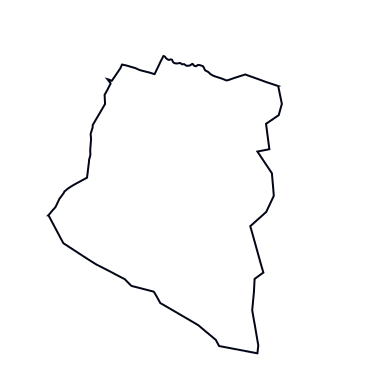 the district of Songinoxairxan, Ulaanbaatar, Mongolia, rotated 203°
{"feature_id": "93677404B95437285917288", "entity_name": "Songinoxairxan", "entity_type": "district", "adm_level": 2, "iso_a3": "MNG", "parent_name": "Mongolia", "parent_adm1": "Ulaanbaatar", "projection": "equal_earth", "projection_center": [106.709, 48.059], "detail": "fine", "context": "isolated", "style": "outline", "palette": "ink", "viewbox_px": 384, "rotation_deg": 203, "n_neighbors": 0, "source": "geoboundaries", "source_scale": "gbopen_adm2", "svg_char_len": 3197}
<svg xmlns="http://www.w3.org/2000/svg" viewBox="0 0 384 384"><g transform="rotate(203 192 192)"><path d="M153.9,323.2L160.7,322.7L166.5,322.2L176.5,321.7L186.3,321.1L188.9,321.0L190.4,319.7L194.6,316.1L197.6,313.5L202.0,309.5L203.5,308.3L204.7,308.1L207.5,308.1L209.6,308.0L212.8,307.7L215.0,307.5L216.1,307.4L218.9,307.4L221.2,307.8L221.6,307.9L223.2,308.6L224.5,308.9L225.8,309.0L227.2,309.1L228.3,309.7L229.1,310.6L230.2,311.5L231.3,312.1L233.7,311.9L234.9,311.7L236.0,311.4L236.5,310.9L237.1,309.6L237.5,309.3L238.9,309.0L239.8,309.3L240.9,309.7L241.3,310.1L241.9,310.0L242.6,308.8L243.4,307.7L244.1,307.1L244.8,306.8L245.3,306.4L246.3,306.1L247.4,306.2L249.0,306.6L250.1,306.2L250.9,305.7L251.5,305.7L252.3,306.0L253.0,306.0L253.7,306.0L255.2,304.9L256.9,304.1L258.5,303.8L259.6,303.9L260.5,304.5L261.2,305.1L262.1,305.9L262.9,305.9L263.6,305.6L264.8,304.6L265.3,304.5L266.2,304.5L266.7,304.6L268.1,305.0L269.8,306.0L270.8,306.1L271.4,306.0L271.5,305.6L271.7,302.2L271.9,300.0L272.0,296.8L272.0,296.1L272.1,294.3L272.3,290.5L272.4,287.4L272.5,285.9L272.8,285.8L276.4,285.5L277.2,285.4L279.2,285.1L283.1,284.5L285.0,284.2L286.3,284.0L288.4,283.8L292.9,283.9L296.7,283.4L300.4,283.0L303.0,282.6L306.2,282.0L306.3,281.9L306.2,280.6L306.3,278.8L306.3,277.8L306.7,275.8L307.4,272.2L308.2,268.2L309.0,264.3L309.3,263.0L309.5,262.9L312.0,263.0L313.9,262.8L311.4,261.4L309.4,260.2L309.3,259.9L309.6,255.9L309.7,254.5L309.8,252.9L310.2,249.2L310.4,247.2L309.8,246.0L308.8,244.0L308.1,242.5L307.1,240.5L306.4,239.0L306.8,236.2L307.5,230.6L308.1,226.0L308.6,222.3L309.1,218.2L309.5,215.3L309.5,214.7L308.8,212.8L308.6,212.2L308.6,211.6L308.3,209.0L308.1,206.5L308.0,205.9L307.7,205.3L306.9,203.8L305.7,201.5L305.6,201.2L305.4,200.8L304.6,198.3L303.5,195.1L302.5,192.0L302.2,191.1L301.5,189.5L300.4,187.3L300.2,186.9L299.8,185.1L299.7,184.5L299.4,181.9L299.3,181.5L298.3,178.4L297.6,175.9L296.4,171.7L295.4,168.4L294.7,165.7L294.5,165.0L294.2,164.2L294.6,163.7L295.6,162.5L296.9,160.8L298.0,159.5L298.4,158.9L299.6,157.4L300.6,156.2L303.2,152.9L304.7,150.9L307.5,146.8L307.9,146.0L308.7,144.4L309.6,142.7L309.7,141.0L310.1,139.2L311.4,133.8L311.4,133.2L311.5,130.6L311.7,126.2L311.8,124.6L312.3,123.1L312.8,121.8L313.1,120.9L313.9,118.3L314.6,115.9L314.8,115.4L315.2,114.3L314.9,114.4L312.9,112.8L294.3,97.7L290.4,94.6L270.9,91.1L261.2,89.4L251.8,87.9L238.9,87.0L233.6,86.6L229.4,86.2L220.1,85.5L219.8,85.5L217.3,84.4L211.6,82.1L211.1,81.9L202.4,83.2L200.5,83.5L189.1,85.2L188.2,85.3L183.4,81.8L183.3,81.7L177.8,77.4L152.4,74.2L145.2,73.3L134.6,71.9L134.4,71.9L123.7,68.6L123.2,68.5L112.1,65.1L111.0,64.1L110.2,63.5L106.9,60.8L94.9,63.4L69.0,69.0L68.8,69.1L68.9,69.4L68.9,69.5L71.0,76.6L82.6,94.7L84.2,97.1L90.4,106.7L95.9,124.1L97.7,129.0L100.4,136.4L100.3,136.6L100.0,137.1L97.7,141.0L94.8,145.7L98.1,149.7L99.8,151.8L101.1,153.4L109.7,164.2L118.4,175.1L125.0,183.3L118.8,196.4L116.2,202.0L115.9,202.5L115.6,210.0L115.2,220.3L115.9,221.8L117.9,225.6L119.1,227.9L125.0,239.0L125.7,240.4L125.8,240.5L126.0,240.6L147.6,254.8L146.9,255.3L146.4,255.6L137.5,261.6L150.5,283.7L142.2,296.6L143.7,308.2L153.7,322.7L154.0,323.1L153.9,323.2L153.9,323.2Z" fill="none" stroke="#020617" stroke-width="2"/></g></svg>